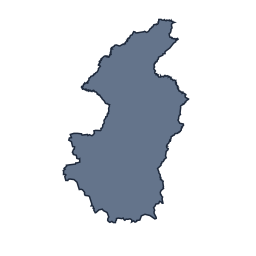 Watthana Nakhon, Sa Kaeo, Thailand, rotated 163°
{"feature_id": "78962969B91417690270455", "entity_name": "Watthana Nakhon", "entity_type": "district", "adm_level": 2, "iso_a3": "THA", "parent_name": "Thailand", "parent_adm1": "Sa Kaeo", "projection": "orthographic", "projection_center": [102.317, 13.885], "detail": "fine", "context": "isolated", "style": "filled", "palette": "slate", "viewbox_px": 256, "rotation_deg": 163, "n_neighbors": 0, "source": "geoboundaries", "source_scale": "gbopen_adm2", "svg_char_len": 5848}
<svg xmlns="http://www.w3.org/2000/svg" viewBox="0 0 256 256"><g transform="rotate(163 128 128)"><path d="M185.1,138.7L184.9,135.3L187.0,135.6L188.2,133.7L186.1,131.5L186.4,126.4L184.6,125.6L185.6,123.5L186.2,123.6L188.3,121.0L187.7,119.6L188.1,119.3L187.9,118.6L185.4,117.0L185.8,113.9L183.8,112.6L183.2,112.8L184.1,109.5L186.9,109.5L188.1,109.9L188.8,108.9L197.8,110.4L197.9,109.4L200.9,108.1L200.2,107.0L202.4,106.2L202.3,105.1L203.3,102.4L201.6,102.0L201.1,101.3L202.7,100.0L202.8,96.0L200.9,95.4L199.9,96.3L198.5,96.2L194.6,94.4L192.6,91.0L192.6,83.4L190.8,83.1L189.6,82.3L188.3,79.1L188.9,77.6L188.7,76.1L185.7,74.7L184.9,73.8L184.8,65.5L186.0,64.3L184.6,63.9L184.2,63.1L184.2,62.2L184.8,61.5L184.0,60.8L184.7,59.5L184.1,56.5L183.3,56.5L179.7,58.2L176.3,57.9L175.7,56.2L172.7,53.3L172.4,48.5L173.7,47.3L174.4,45.8L174.1,44.5L172.9,43.1L170.7,43.4L169.6,41.8L167.7,41.2L167.0,42.6L165.9,43.5L165.5,44.8L163.6,44.7L160.4,43.1L159.0,43.3L158.5,41.3L158.0,40.7L156.5,41.4L154.8,40.7L152.7,40.6L151.4,39.3L151.4,38.0L152.0,37.1L149.7,37.6L149.0,36.1L148.4,35.9L147.0,36.2L146.7,37.0L143.6,36.5L140.9,40.1L137.0,40.5L132.6,37.9L128.9,33.2L127.4,33.3L127.2,34.4L128.0,38.7L127.5,40.5L126.5,41.6L126.8,44.4L125.2,45.3L123.6,47.1L120.7,46.8L119.3,48.6L118.1,47.8L117.3,46.0L116.5,45.9L116.2,50.2L115.1,51.9L115.6,52.5L115.9,54.6L116.3,54.8L115.9,57.2L114.4,58.7L111.7,59.8L111.8,60.8L111.3,61.3L110.6,65.7L109.9,66.8L111.0,67.8L110.9,68.6L111.8,69.1L111.4,69.5L111.8,69.9L111.1,71.1L111.7,71.4L110.9,73.9L111.6,76.2L111.3,77.1L111.6,80.6L107.3,82.7L106.8,84.2L106.2,84.3L105.4,85.6L104.2,85.6L102.8,86.8L102.7,87.3L100.1,88.3L100.3,90.3L98.3,94.5L96.2,95.5L95.6,96.5L96.7,97.9L96.5,99.2L95.7,99.2L96.2,99.8L95.1,101.0L93.7,101.5L92.3,103.1L91.4,103.0L90.9,103.8L91.7,104.0L91.6,104.3L89.9,105.5L89.2,107.2L87.6,107.3L87.2,107.8L85.9,107.7L84.6,108.9L82.2,108.4L81.9,108.8L80.5,108.8L80.3,109.4L79.0,109.4L78.6,110.1L77.7,110.4L77.1,112.2L76.1,112.4L76.4,113.3L74.2,114.2L73.9,115.6L77.1,117.4L77.9,121.0L76.9,121.9L76.4,123.5L75.2,125.2L73.9,125.5L73.9,127.0L71.6,132.3L71.6,132.9L71.1,133.8L69.0,134.3L68.6,134.8L68.1,134.9L68.0,134.5L66.9,134.8L65.8,136.1L65.3,135.9L64.6,136.8L62.7,137.6L62.7,138.1L61.8,137.7L61.6,138.0L64.2,140.6L63.9,142.5L62.9,142.8L63.0,143.3L65.0,145.5L65.7,145.4L65.2,146.2L66.1,146.3L66.0,146.6L66.9,146.9L67.0,147.6L67.8,148.4L68.1,148.2L68.5,148.9L68.3,149.8L68.7,150.3L68.3,150.7L69.0,151.8L68.5,152.8L68.2,152.7L68.4,153.2L68.1,153.4L68.5,154.3L68.9,154.3L69.4,156.1L68.9,156.1L68.6,156.7L69.1,157.5L68.6,157.7L68.9,158.6L68.5,159.4L69.0,159.4L69.4,160.2L71.1,160.3L71.1,161.4L72.5,162.1L72.2,162.4L72.6,163.1L72.2,163.6L72.7,163.6L73.0,164.7L73.5,164.7L73.8,165.4L74.4,165.1L74.2,165.6L75.3,166.6L76.6,166.4L77.2,167.5L77.7,167.5L78.9,166.5L79.5,167.1L81.3,167.4L81.5,168.1L81.6,167.7L82.0,168.0L81.7,167.4L82.1,167.2L83.7,167.8L83.9,168.5L83.4,169.2L83.7,168.9L84.2,169.5L83.6,170.0L84.4,170.7L85.3,170.7L84.9,171.6L85.7,171.7L86.3,172.8L86.1,173.8L85.1,174.5L86.0,176.9L85.7,177.8L84.7,178.6L85.0,179.3L84.3,181.5L83.8,181.5L83.5,182.1L83.1,182.0L82.7,182.8L81.9,182.8L81.7,183.3L80.8,183.1L79.8,184.7L78.8,185.1L78.1,186.8L73.4,187.5L72.9,188.7L70.8,188.3L70.5,189.8L69.8,190.4L64.6,192.3L59.6,195.8L57.2,196.5L56.9,197.4L54.2,198.2L54.4,199.2L56.8,199.1L57.0,199.8L58.7,200.1L59.4,201.4L59.8,201.2L59.9,202.0L61.3,202.5L61.4,204.1L61.1,206.1L59.6,206.7L58.4,208.5L58.1,209.8L57.0,210.4L56.4,211.6L56.7,212.3L56.0,214.6L54.6,215.3L52.7,215.4L54.1,216.3L54.0,216.8L55.1,217.3L55.2,218.1L55.5,217.7L56.1,218.4L56.7,218.3L57.0,219.1L57.4,218.8L58.5,219.5L59.8,219.5L59.9,219.8L60.3,219.5L61.7,220.5L61.6,220.9L62.8,220.7L64.0,221.3L64.6,222.2L66.8,222.8L67.4,221.2L68.3,220.5L68.0,220.1L68.6,219.1L69.5,218.6L70.3,219.1L70.8,218.6L71.2,219.0L73.1,219.2L74.9,217.4L75.9,217.5L76.5,216.7L78.2,216.2L79.1,215.1L80.7,214.2L82.3,214.0L83.8,215.6L84.8,215.4L91.9,216.4L92.9,216.9L93.1,217.7L94.4,218.5L96.8,215.9L98.6,215.8L100.3,213.6L101.2,213.9L101.3,213.4L102.3,213.4L102.6,212.1L103.5,212.3L103.4,211.0L104.4,211.2L105.9,210.3L105.9,209.4L107.6,209.6L107.7,209.3L108.2,209.7L111.6,208.9L112.5,209.1L114.8,210.8L116.2,211.0L116.9,210.8L117.4,210.1L119.5,209.8L119.9,209.1L120.4,209.5L121.2,208.7L120.5,208.2L121.1,208.2L122.3,206.0L122.0,205.6L123.1,204.9L122.6,204.3L122.7,203.3L124.1,203.3L124.3,202.5L125.2,201.9L125.7,202.2L125.6,201.8L126.1,201.9L126.1,201.6L127.8,202.5L127.5,203.0L127.9,203.4L129.6,203.6L133.5,201.9L133.2,201.6L133.6,201.5L133.8,200.6L134.2,200.8L134.6,200.3L135.5,200.3L135.6,199.7L136.0,199.6L135.4,198.9L137.7,197.3L137.9,196.6L137.0,196.5L136.4,195.1L138.9,193.5L139.5,192.0L141.4,190.4L142.6,190.3L143.8,189.4L144.5,189.7L144.9,189.1L145.5,189.0L145.7,188.3L148.5,188.2L149.2,187.3L150.8,187.0L151.5,185.0L153.1,184.3L153.1,182.9L153.9,182.8L154.5,183.5L156.1,183.1L156.3,183.5L156.6,182.9L156.9,183.2L157.7,182.8L158.5,181.3L160.1,181.3L160.6,180.7L160.4,180.1L159.6,180.0L159.8,179.5L160.3,179.6L160.1,178.4L159.0,178.4L158.5,177.5L157.5,177.5L157.4,176.9L156.8,177.3L156.4,175.7L155.7,175.7L155.8,176.1L154.9,176.0L155.0,174.9L153.9,175.3L153.5,174.4L152.9,174.9L151.8,173.4L150.9,174.1L150.2,173.4L149.7,173.9L149.0,172.1L148.3,172.0L147.6,171.3L147.5,170.0L147.1,169.8L147.4,169.1L146.1,168.5L146.2,167.8L145.3,167.5L145.1,165.8L144.3,164.9L144.3,163.7L142.8,160.8L142.3,158.2L141.1,157.3L140.7,157.4L140.5,156.9L139.0,155.8L139.5,155.6L139.2,155.1L139.4,154.3L140.8,152.4L141.5,149.5L142.5,148.6L142.5,147.5L143.7,147.5L144.6,145.2L145.9,145.3L146.6,143.9L148.7,142.4L149.3,139.6L151.2,138.4L152.0,136.3L153.0,135.5L154.0,135.5L154.3,134.0L155.1,133.6L159.6,135.2L161.4,135.3L161.7,132.7L164.2,131.2L165.2,131.4L166.9,132.9L168.5,132.5L168.7,133.7L173.8,134.6L174.2,135.0L174.1,136.0L178.0,137.7L181.4,138.7L185.1,138.7Z" fill="#64748b" stroke="#1e293b" stroke-width="1.5"/></g></svg>